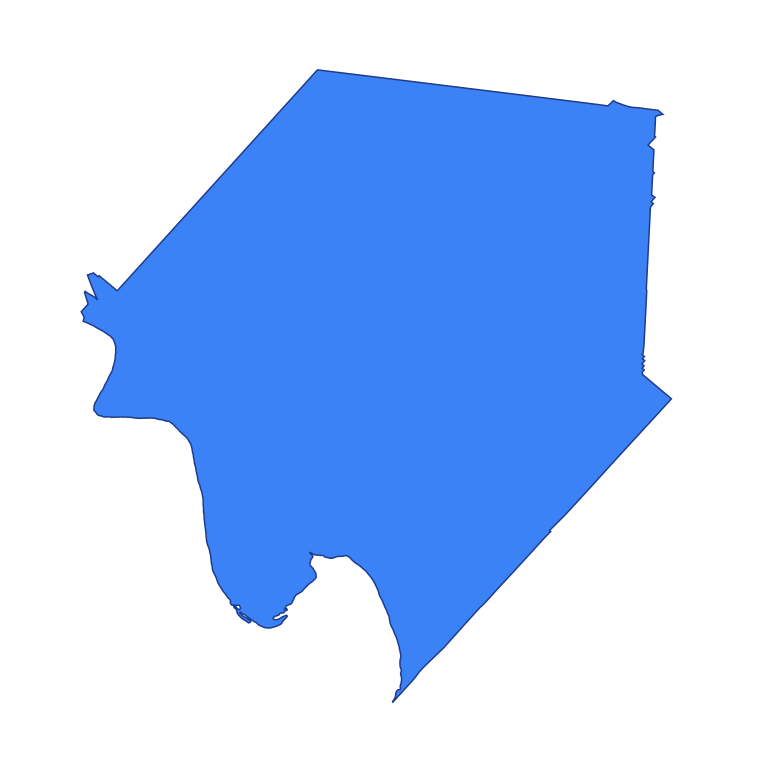 Belmont, Western Australia, Australia (Natural Earth projection), rotated 266°
{"feature_id": "25037944B8488281546819", "entity_name": "Belmont", "entity_type": "district", "adm_level": 2, "iso_a3": "AUS", "parent_name": "Australia", "parent_adm1": "Western Australia", "projection": "natural_earth1", "projection_center": [115.924, -31.954], "detail": "fine", "context": "isolated", "style": "filled", "palette": "blue", "viewbox_px": 768, "rotation_deg": 266, "n_neighbors": 0, "source": "geoboundaries", "source_scale": "gbopen_adm2", "svg_char_len": 6108}
<svg xmlns="http://www.w3.org/2000/svg" viewBox="0 0 768 768"><g transform="rotate(266 384 384)"><path d="M467.6,88.3L467.1,89.2L466.2,91.3L465.1,93.3L463.6,95.9L463.1,97.0L462.3,98.3L459.9,101.7L458.3,104.3L457.8,104.9L456.5,107.1L452.2,112.5L451.0,114.2L450.4,114.7L449.4,115.4L448.8,116.1L446.5,117.5L440.9,118.9L437.2,118.8L435.2,118.6L434.0,118.6L431.1,117.9L428.7,117.7L425.3,116.9L421.6,115.7L419.8,114.8L417.0,114.1L416.0,113.7L411.7,110.9L408.9,109.3L407.2,108.5L404.1,106.4L402.5,105.4L399.0,103.7L397.3,102.4L395.1,100.6L386.5,95.4L385.3,94.4L382.4,93.3L380.9,93.1L378.4,92.8L377.5,93.1L376.2,94.3L374.6,95.2L373.7,95.8L372.5,97.1L372.2,98.5L371.7,100.0L370.8,101.9L370.6,102.6L370.4,107.5L370.1,109.0L369.7,110.1L369.8,110.5L369.4,120.3L369.2,120.7L369.2,121.0L369.2,122.7L369.0,124.3L368.4,129.1L367.6,132.8L367.3,133.9L367.0,136.0L366.7,139.1L366.8,141.5L366.6,143.0L366.4,148.7L366.1,151.0L365.6,153.8L365.2,154.8L364.7,155.8L363.9,159.2L363.9,159.9L363.2,162.0L362.8,162.8L362.3,163.3L362.2,163.6L362.1,164.4L362.1,165.5L362.0,166.3L361.0,168.0L360.0,169.0L358.2,171.2L356.4,172.5L354.8,173.9L354.4,174.3L353.3,175.3L352.9,175.8L351.2,176.8L344.4,183.2L342.8,184.4L339.5,186.0L337.8,187.0L335.5,187.5L334.3,187.6L333.1,188.0L330.3,188.1L327.4,188.7L323.7,188.9L322.5,189.1L319.8,189.4L318.5,189.3L312.9,190.5L310.5,190.5L305.0,191.4L300.7,191.7L299.4,192.0L296.5,193.0L292.5,193.7L288.6,194.8L285.7,195.1L284.7,195.1L283.6,195.4L282.6,195.5L279.7,195.4L275.8,195.2L273.0,195.3L270.0,195.1L268.4,195.1L265.9,195.4L261.5,195.2L251.1,195.8L250.2,195.8L246.3,196.0L244.7,195.9L239.7,196.1L236.2,196.7L231.2,198.2L227.1,198.7L225.8,199.0L216.5,199.4L213.6,199.9L211.7,199.9L210.2,200.1L209.1,200.4L201.9,203.3L199.9,203.7L197.0,204.6L196.0,205.1L194.4,205.8L188.0,209.3L185.2,211.4L181.8,213.2L181.0,214.2L179.7,215.2L179.0,215.5L178.3,215.8L177.7,215.8L176.8,215.4L175.5,215.7L174.0,216.8L173.9,217.2L174.1,217.8L174.1,218.9L173.9,219.5L173.3,220.8L173.5,222.1L173.5,223.5L173.4,223.9L172.3,224.7L171.7,225.0L170.2,225.2L169.6,224.6L169.3,224.0L169.2,223.6L169.3,223.2L169.5,222.9L170.1,222.4L170.7,221.7L171.6,221.1L172.4,220.0L172.9,219.1L172.8,218.7L172.7,218.5L171.6,218.8L170.0,220.4L169.5,220.8L168.3,221.3L167.4,221.5L166.3,221.4L165.7,221.6L164.1,222.5L161.1,224.9L158.9,227.2L157.5,229.5L155.3,232.0L155.2,232.3L155.2,232.7L155.4,233.5L155.6,233.8L156.4,234.5L157.2,234.2L158.5,232.5L159.1,231.5L159.6,231.1L160.3,230.1L161.2,228.6L163.2,226.2L163.5,225.9L164.1,225.7L164.4,225.5L165.6,224.3L166.0,224.3L166.4,224.7L166.2,225.3L165.4,225.8L164.7,226.7L164.0,228.4L163.4,229.2L162.1,230.6L161.4,231.5L160.2,232.7L159.6,233.3L159.2,234.0L158.4,234.9L155.7,238.4L155.2,239.4L154.6,240.2L152.5,242.1L150.3,245.8L149.2,248.4L149.0,249.8L148.6,252.2L148.6,253.9L149.4,257.8L150.1,260.3L151.1,262.9L151.6,264.1L152.1,265.0L154.5,266.7L156.2,268.4L156.5,268.8L157.9,270.4L158.7,271.1L159.0,271.2L159.7,271.1L159.9,270.8L160.0,270.1L158.5,265.7L157.4,263.9L156.9,262.7L156.2,260.6L156.3,259.8L156.4,258.7L156.8,257.8L157.0,257.6L157.9,257.0L158.6,257.3L159.0,257.7L159.8,258.8L159.9,259.2L160.3,261.0L160.9,262.9L161.6,263.7L161.9,263.8L162.5,264.3L162.6,264.7L162.7,265.0L162.6,267.2L162.7,267.5L163.3,268.5L163.8,268.9L164.4,269.7L165.4,271.7L165.8,271.7L166.7,271.1L166.3,269.9L166.3,269.1L166.6,269.2L167.8,270.1L169.5,271.0L169.8,271.6L170.1,272.8L171.0,275.6L171.6,276.5L172.8,277.3L173.9,277.8L175.2,278.7L178.0,280.1L179.4,281.2L180.2,282.5L181.2,284.6L182.1,286.4L183.2,288.1L184.8,289.6L188.0,293.2L190.3,296.0L191.6,298.3L192.4,299.4L194.4,301.6L195.4,302.6L196.1,302.8L196.8,302.9L198.7,302.9L200.5,302.6L202.1,301.7L202.8,301.1L203.9,300.9L204.9,300.5L206.6,299.0L208.5,297.7L209.4,297.4L210.1,297.4L211.1,298.0L213.8,298.8L214.1,298.9L215.1,299.9L216.7,301.0L217.9,300.7L219.9,298.8L221.0,298.1L221.2,298.3L221.0,298.9L219.1,301.8L218.4,303.1L218.2,303.8L217.8,307.1L217.4,309.0L217.3,310.9L217.1,311.5L216.9,311.8L216.1,312.3L215.6,312.9L215.4,313.2L214.8,315.7L214.1,317.5L213.8,319.0L213.8,319.8L214.0,320.9L214.0,321.6L214.7,323.5L215.1,325.5L215.2,326.3L215.2,327.6L215.1,328.8L215.1,331.1L215.2,332.2L215.5,333.6L215.5,333.9L215.5,334.3L215.1,335.3L213.2,337.8L211.1,339.4L207.8,342.6L205.6,345.5L203.9,347.6L200.8,350.6L198.6,353.0L196.0,354.7L192.0,357.6L189.2,359.2L185.5,361.0L179.6,363.3L177.6,363.9L175.2,364.4L174.3,364.5L173.2,364.9L172.2,365.2L169.8,366.4L166.7,367.6L161.8,369.2L156.9,371.1L154.8,371.6L152.6,372.6L151.9,372.8L148.6,373.1L144.4,373.5L143.7,373.9L141.4,374.5L139.6,375.5L138.0,376.0L134.8,377.0L131.4,378.3L128.7,379.1L120.8,380.8L119.0,380.9L116.2,381.4L110.8,381.9L107.5,380.8L104.4,380.4L100.9,380.4L99.7,380.7L99.0,381.0L98.0,381.2L96.9,381.3L95.5,380.9L94.6,380.5L93.4,380.3L91.1,380.8L88.7,381.0L87.3,380.8L86.2,380.6L84.5,380.1L84.1,380.1L83.3,379.8L82.5,379.6L81.7,379.1L81.4,379.0L79.3,379.2L79.0,379.2L78.2,378.5L78.0,376.9L77.8,376.2L77.3,375.7L76.4,375.0L74.4,374.1L71.3,373.5L70.5,373.2L68.4,371.9L66.7,370.4L66.0,370.7L67.6,372.3L85.9,391.5L88.9,394.4L93.9,398.7L98.7,403.7L116.8,425.3L137.2,446.3L150.8,460.4L153.6,463.4L154.8,464.7L156.2,466.6L160.8,471.7L168.7,479.9L195.9,508.8L220.3,534.4L225.2,540.0L226.2,538.8L241.1,555.9L266.7,583.0L286.6,603.7L317.8,636.6L320.4,639.3L332.2,651.9L349.2,669.7L375.5,642.5L377.7,642.4L379.8,644.6L381.8,642.5L383.9,644.8L386.0,642.6L389.1,645.7L391.2,643.5L393.3,645.7L395.4,643.5L396.3,644.5L404.3,646.0L458.4,652.6L460.5,652.3L541.8,662.1L542.7,662.8L545.1,665.3L547.2,663.2L551.3,667.4L553.9,664.1L573.9,666.6L575.7,668.5L577.2,667.0L598.7,669.6L603.9,664.1L611.5,672.1L612.3,671.2L632.0,673.6L632.9,676.8L633.5,680.2L633.5,681.0L637.9,676.5L640.1,665.3L641.4,659.3L642.8,650.4L643.7,647.2L645.8,641.8L647.2,638.9L648.6,635.6L650.7,632.6L645.8,626.8L647.3,619.5L647.8,617.3L648.5,613.5L648.9,611.7L658.6,562.2L702.0,339.5L495.6,124.4L512.0,107.3L510.9,106.2L515.1,101.9L513.4,95.8L504.9,98.3L494.7,101.6L491.0,102.9L487.9,104.2L490.8,101.3L492.2,99.5L495.2,94.9L497.3,92.3L496.4,91.6L484.4,94.4L477.2,87.0L471.4,89.6L467.6,88.3Z" fill="#3b82f6" stroke="#1e3a8a" stroke-width="1.5"/></g></svg>